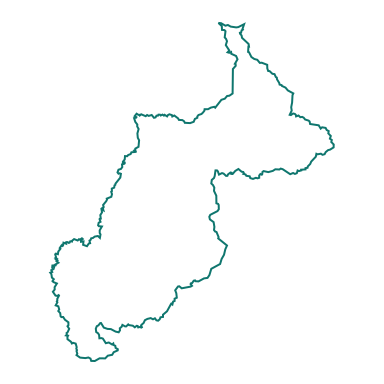 the district of Ourilândia do Norte, Pará, Brazil
{"feature_id": "56859067B25768757829086", "entity_name": "Ourilândia do Norte", "entity_type": "district", "adm_level": 2, "iso_a3": "BRA", "parent_name": "Brazil", "parent_adm1": "Pará", "projection": "orthographic", "projection_center": [-51.403, -7.454], "detail": "fine", "context": "isolated", "style": "outline", "palette": "teal", "viewbox_px": 384, "rotation_deg": 0, "n_neighbors": 0, "source": "geoboundaries", "source_scale": "gbopen_adm2", "svg_char_len": 5931}
<svg xmlns="http://www.w3.org/2000/svg" viewBox="0 0 384 384"><path d="M244.1,24.2L238.3,27.1L236.2,27.4L230.7,26.6L227.9,25.0L225.4,25.7L221.1,23.2L219.2,23.0L219.0,23.5L221.8,26.1L222.0,29.9L224.5,30.1L225.5,31.2L224.7,37.4L226.0,38.8L227.0,41.2L225.8,45.1L229.3,50.5L227.6,52.3L229.2,52.8L231.1,52.0L231.3,53.8L236.1,56.0L237.5,59.3L234.9,63.8L235.6,64.0L235.7,65.8L232.9,69.0L232.6,93.5L229.4,95.7L227.1,96.0L224.8,98.7L221.4,99.8L215.2,107.7L214.3,106.8L210.9,107.6L208.0,109.2L204.6,109.2L204.4,110.7L203.1,112.4L201.5,114.0L198.5,115.0L197.3,116.5L197.3,117.8L194.9,118.9L193.7,121.8L190.1,123.1L184.8,122.8L184.1,121.3L182.4,120.1L178.9,119.9L178.1,118.4L174.3,115.5L172.3,116.5L171.9,115.1L169.4,114.3L167.9,115.1L167.1,116.4L164.6,114.8L163.9,115.6L162.5,114.6L160.7,115.5L160.0,114.7L158.4,114.7L157.9,115.7L156.5,115.7L155.5,117.4L154.0,117.8L151.7,115.0L148.7,115.9L147.1,115.0L145.7,116.2L141.2,114.3L139.9,115.4L139.7,114.8L138.5,114.9L136.6,113.7L134.7,116.1L136.4,117.2L136.2,117.6L134.1,118.1L135.3,121.9L137.3,124.5L137.2,126.4L138.6,129.0L137.4,133.4L137.8,137.8L139.1,140.3L138.5,146.8L135.3,148.6L135.3,149.8L134.3,150.4L135.8,151.4L135.7,151.9L131.4,152.3L130.6,154.1L128.2,155.0L127.2,156.2L125.0,156.1L124.7,159.5L122.9,161.7L122.9,162.3L124.6,162.4L124.8,163.0L124.4,163.7L122.0,164.4L122.3,167.0L121.0,168.9L118.5,169.7L117.5,172.4L118.5,173.7L119.6,173.3L120.9,173.8L120.3,177.6L115.5,183.6L115.3,184.9L114.5,185.4L114.2,187.6L111.8,188.6L111.9,191.2L111.2,191.8L112.0,194.1L111.3,196.8L106.8,198.6L107.1,199.4L106.2,201.2L103.1,205.0L103.7,207.0L102.9,208.6L103.4,210.3L101.9,209.5L101.8,208.4L101.4,208.7L102.0,212.4L100.3,215.1L100.8,218.6L99.7,218.8L99.6,219.4L100.5,221.8L98.7,222.7L98.1,225.3L98.9,226.2L101.9,226.5L99.7,230.3L99.7,233.0L100.5,234.4L99.9,237.9L97.9,236.0L94.7,236.6L92.9,238.0L91.2,238.3L90.6,239.9L89.5,240.6L90.1,243.2L88.8,243.5L87.0,246.2L83.1,244.8L83.5,241.4L81.0,241.8L80.9,240.3L82.7,239.0L81.9,238.3L79.8,239.7L79.0,239.2L77.7,240.5L74.1,239.1L72.0,240.8L72.0,241.5L70.3,241.3L69.5,242.7L68.3,242.9L67.7,242.1L66.3,242.1L65.6,242.6L65.9,243.6L63.5,242.7L63.3,244.2L62.6,244.5L63.0,245.6L62.2,246.1L61.4,245.6L59.7,248.1L60.4,248.8L58.3,251.5L57.9,254.2L55.9,253.6L55.2,254.3L56.1,257.4L55.4,258.0L56.8,258.8L56.0,259.4L57.4,260.3L56.5,261.1L58.4,262.7L55.9,264.2L55.7,265.1L54.9,264.9L54.2,267.0L53.4,265.4L52.4,265.5L52.2,267.7L53.1,269.3L51.3,270.2L52.2,272.0L50.3,272.7L51.4,274.1L51.9,277.6L53.8,279.2L52.5,281.1L53.5,282.1L56.9,283.5L54.6,287.2L54.7,289.5L52.9,291.8L55.5,295.6L57.3,295.9L58.6,295.1L59.0,295.6L57.2,299.0L57.4,300.2L56.8,301.4L57.4,302.2L55.7,305.4L58.3,306.3L59.2,309.4L58.3,311.0L60.2,313.1L60.6,316.3L61.4,317.1L63.2,317.0L64.9,319.7L68.4,322.3L68.4,325.3L67.5,326.2L69.2,328.8L67.5,332.4L66.6,333.0L66.8,334.6L66.1,335.4L68.0,335.7L67.4,336.9L67.5,339.2L70.9,341.7L71.9,343.5L73.0,342.8L75.7,343.6L76.7,347.2L76.3,348.7L77.0,350.1L76.5,351.0L77.3,353.7L76.5,355.1L80.1,357.6L85.4,358.1L88.4,357.5L90.5,358.6L91.2,360.9L94.8,361.0L99.6,358.3L105.2,358.4L107.8,355.7L112.2,354.8L113.7,352.2L117.7,350.4L117.8,349.2L115.6,347.9L115.3,345.8L113.6,345.0L113.3,343.5L112.1,344.5L108.8,342.5L105.8,343.2L102.9,338.6L101.5,338.1L99.4,338.3L99.1,335.0L98.2,333.4L96.2,332.0L95.8,328.7L96.8,326.2L98.4,325.4L100.2,323.1L101.0,323.0L103.8,327.6L107.5,328.9L110.9,329.1L115.6,331.6L118.7,332.3L120.0,330.3L119.8,328.3L121.7,326.7L122.4,324.9L125.1,326.4L126.2,326.4L128.2,324.4L128.9,325.1L132.8,325.7L134.8,327.3L136.7,325.8L137.7,326.0L138.2,327.4L140.2,326.9L141.2,327.6L141.9,327.2L141.1,325.4L141.5,324.8L143.6,323.0L144.9,320.2L147.4,318.9L150.7,318.1L153.0,319.3L154.9,318.3L156.4,320.3L158.1,320.7L159.7,319.3L160.5,317.3L163.0,316.9L163.0,314.7L167.0,311.3L171.0,304.0L171.3,303.6L172.4,304.5L173.1,301.6L174.6,301.0L174.6,298.7L176.8,297.7L176.3,293.2L175.2,290.3L178.0,286.5L179.3,286.3L181.7,288.3L190.7,286.6L192.0,285.8L190.6,284.1L190.8,283.4L192.2,283.0L193.7,280.7L195.0,280.4L195.4,281.2L198.5,281.4L204.0,278.4L207.5,277.9L209.4,275.1L211.3,268.8L220.1,264.0L221.6,259.0L224.0,254.8L225.3,249.3L227.0,245.5L218.2,238.4L218.6,237.1L216.5,232.0L215.1,231.5L214.0,230.0L214.4,226.9L213.6,222.1L209.9,219.4L209.3,216.8L210.3,214.8L217.5,211.1L218.8,209.2L218.7,205.0L218.1,203.9L216.4,203.3L216.3,195.7L214.0,190.9L214.3,187.6L213.0,185.1L211.3,183.5L211.8,179.9L214.0,178.0L214.7,176.0L215.5,170.4L217.0,170.4L217.9,171.4L219.0,174.6L222.0,173.1L223.6,173.6L226.1,175.9L227.4,175.8L228.0,174.4L230.5,172.5L231.4,172.7L231.3,173.9L232.6,174.0L235.3,170.9L238.4,169.0L241.6,171.7L243.3,172.0L243.9,173.2L243.4,173.9L245.6,174.5L246.3,175.8L249.7,176.3L250.3,178.1L253.0,178.9L255.9,177.8L257.5,178.3L259.2,177.8L259.2,175.5L260.4,174.0L261.8,174.7L262.2,174.3L262.5,171.9L263.6,171.1L268.3,172.1L272.8,170.9L275.3,169.3L279.4,169.5L280.7,168.6L282.7,169.2L290.2,174.2L293.1,173.0L294.9,173.9L296.8,173.2L297.6,170.5L298.9,171.1L301.3,170.4L301.2,169.7L305.5,169.4L305.5,168.1L307.5,167.8L307.8,166.4L310.2,164.0L311.2,161.6L315.8,156.7L316.4,153.8L317.5,154.3L320.9,153.7L322.5,154.8L324.6,154.2L325.7,152.1L328.1,150.1L330.1,149.6L333.6,147.4L333.7,144.5L331.3,142.0L331.8,140.0L329.9,138.7L330.8,136.0L328.3,133.4L328.7,131.1L326.7,130.0L325.6,127.9L322.1,127.3L320.7,128.6L318.7,125.3L310.1,124.0L309.6,121.5L308.6,120.6L305.1,119.5L303.7,117.7L302.2,116.9L300.3,117.2L298.5,115.5L296.1,116.4L295.8,114.8L294.8,113.9L293.1,113.5L290.9,115.1L289.7,114.8L291.7,110.6L291.2,107.2L292.1,102.6L292.5,95.2L293.3,93.4L287.8,90.4L285.5,87.6L281.9,85.9L281.6,85.1L279.6,84.6L279.2,82.9L277.0,79.3L276.8,77.6L275.8,77.0L274.5,74.1L272.4,73.8L269.6,71.1L268.2,71.0L267.3,68.4L267.2,64.8L261.7,62.7L259.8,62.9L257.3,59.8L254.3,59.0L251.4,57.0L249.0,52.2L248.1,51.9L248.4,46.7L249.0,46.7L248.6,44.0L242.0,37.8L241.6,35.5L240.0,33.6L239.9,32.8L241.1,32.6L241.6,30.4L242.9,29.6L242.5,29.0L244.1,24.2Z" fill="none" stroke="#0f766e" stroke-width="2"/></svg>